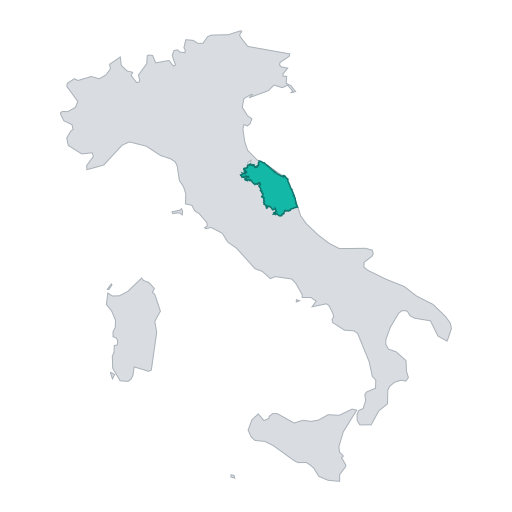 Marche, Macerata, Italy (highlighted)
{"feature_id": "23120603B49951072422318", "entity_name": "Marche", "entity_type": "district", "adm_level": 2, "iso_a3": "ITA", "parent_name": "Italy", "parent_adm1": "Macerata", "projection": "equal_earth", "projection_center": [13.047, 43.328], "detail": "fine", "context": "in_parent", "style": "filled", "palette": "teal", "viewbox_px": 512, "rotation_deg": 0, "n_neighbors": 0, "source": "geoboundaries", "source_scale": "gbopen_adm2", "svg_char_len": 9171}
<svg xmlns="http://www.w3.org/2000/svg" viewBox="0 0 512 512"><path d="M74.5,78.7L77.9,80.5L91.3,76.5L99.2,78.8L106.0,74.9L110.4,68.9L109.6,64.3L120.3,57.0L121.2,65.3L127.0,70.9L132.6,72.3L131.2,75.7L136.7,82.6L139.0,82.0L139.8,80.7L138.5,74.9L146.8,63.6L147.2,55.8L148.7,55.0L152.6,55.5L155.7,62.8L169.0,60.5L173.4,66.1L175.5,65.0L172.2,55.5L173.9,50.6L177.4,49.8L179.8,52.1L184.9,52.7L185.2,49.9L183.9,47.9L185.8,39.7L193.3,40.4L197.8,43.4L203.0,43.3L207.6,36.7L211.2,35.1L228.2,34.7L240.8,30.7L241.8,31.6L239.6,34.7L240.3,36.8L247.7,46.4L289.8,53.9L289.2,56.3L280.2,62.3L279.5,64.7L280.9,66.7L287.7,68.2L283.0,73.9L283.1,76.1L286.7,76.4L286.2,83.4L290.7,85.5L295.6,91.6L290.6,92.8L292.7,91.1L287.6,85.1L282.4,87.7L274.0,85.1L268.3,90.7L249.0,97.8L252.4,94.6L250.9,94.5L243.9,98.7L242.3,107.3L247.6,115.8L251.9,118.8L249.9,124.0L247.3,126.0L243.9,124.5L242.9,129.2L244.7,141.6L247.6,150.3L257.2,160.0L264.3,163.1L285.8,178.1L293.8,194.8L300.7,215.9L306.4,223.8L318.3,235.1L329.2,243.4L339.3,248.6L365.6,248.3L372.3,250.2L373.2,253.8L372.0,256.2L364.2,262.2L363.8,266.9L367.6,270.2L385.7,279.1L404.2,286.5L416.8,296.2L433.0,304.4L445.8,316.8L450.4,323.4L451.4,328.6L448.5,337.4L447.0,341.1L437.9,336.0L430.4,320.8L414.6,318.2L409.9,315.6L407.2,311.0L402.2,310.6L398.8,313.0L390.4,327.1L385.9,339.4L385.8,344.3L388.4,349.1L396.1,351.8L406.0,360.6L406.5,371.4L408.4,377.6L405.8,381.1L400.9,380.2L394.3,382.4L389.6,386.4L387.8,390.2L387.5,403.8L378.7,411.0L371.2,424.8L359.9,424.9L357.2,420.6L357.0,414.3L358.9,410.4L363.1,408.6L365.7,400.5L364.8,394.7L366.4,392.1L375.5,388.2L375.8,380.1L372.3,376.4L369.2,361.8L357.7,333.6L354.1,330.9L344.3,330.1L332.7,322.6L332.0,319.5L333.8,316.6L332.5,312.5L328.8,305.5L326.4,303.8L312.1,306.8L316.1,301.1L311.0,297.5L302.2,297.5L302.3,294.9L296.0,283.6L291.7,279.0L275.5,276.6L270.3,278.6L262.3,271.4L255.0,268.7L236.6,248.3L227.8,242.1L222.2,233.2L211.0,227.4L205.9,228.8L204.6,227.7L207.3,225.9L206.8,222.6L199.3,213.8L194.9,211.0L191.8,205.3L185.5,203.9L185.8,193.8L183.5,186.6L179.4,180.6L177.2,166.1L175.3,162.0L170.8,158.9L160.5,155.5L146.3,146.2L129.3,141.9L122.2,145.1L103.8,165.0L86.9,169.7L86.7,165.5L93.4,156.3L92.2,152.8L81.7,153.9L68.3,145.5L66.7,138.1L70.8,131.1L73.1,129.4L72.0,124.7L63.9,120.8L60.7,114.6L60.6,112.5L62.7,111.4L67.6,111.7L75.4,107.4L77.8,101.4L66.8,86.4L67.3,83.3L74.5,78.7ZM250.5,164.0L251.1,160.2L247.6,162.6L248.6,164.3L250.5,164.0ZM356.7,410.2L343.3,431.8L338.9,446.5L339.5,452.1L343.4,456.1L341.5,457.7L345.7,464.7L345.7,466.6L339.7,474.4L339.6,481.3L328.1,480.3L318.7,476.3L314.0,468.4L310.3,465.1L306.3,462.5L298.2,462.6L294.6,461.0L273.1,445.5L264.7,441.4L255.0,440.4L251.2,437.0L248.1,430.2L251.9,419.8L258.3,413.9L264.0,420.6L268.9,418.4L269.2,416.3L272.7,413.6L277.2,413.6L294.1,423.0L303.0,420.3L311.0,421.4L318.5,420.1L328.1,414.7L339.2,415.3L352.1,409.1L356.7,410.2ZM154.8,294.4L160.4,311.2L154.8,321.4L156.7,332.4L151.3,370.1L148.7,371.3L134.2,366.9L132.9,375.6L131.0,379.1L128.0,381.4L120.2,380.8L112.7,368.3L112.3,356.1L114.0,352.5L114.3,345.5L117.3,345.0L117.6,340.3L115.9,337.7L113.0,336.8L113.1,331.5L115.3,327.4L115.5,320.3L111.7,311.1L106.4,304.5L107.8,293.0L112.4,296.0L119.4,295.8L127.8,291.4L141.7,278.0L143.4,280.4L149.1,282.7L154.4,288.5L152.3,292.2L154.8,294.4ZM181.5,208.6L182.6,211.3L182.2,214.9L179.4,212.8L172.7,213.6L172.0,211.8L180.2,210.2L181.5,208.6ZM114.6,374.5L112.5,378.9L110.5,373.1L110.8,372.3L114.6,374.5ZM112.0,284.8L108.9,289.5L107.3,289.4L111.3,283.9L112.0,284.8ZM234.8,478.1L231.0,477.1L230.9,474.9L233.9,475.3L234.8,478.1ZM299.5,300.7L296.3,302.0L296.4,299.7L299.5,300.7Z" fill="#d9dde1" stroke="#a8b0b8" stroke-width="1"/><path d="M250.6,164.2L249.8,164.2L249.8,164.5L249.5,164.7L249.6,164.9L249.2,165.3L248.8,165.1L248.7,165.2L247.8,165.1L247.7,165.2L247.8,165.3L247.6,165.4L247.6,165.7L247.5,165.8L247.4,166.4L247.5,166.9L247.6,167.2L247.3,167.6L246.6,167.7L246.4,168.1L246.0,168.3L245.6,168.2L245.4,168.3L245.1,168.1L244.9,168.1L244.5,168.4L243.9,168.5L243.8,168.8L244.1,168.9L243.9,169.9L244.5,170.2L245.0,170.2L245.3,170.4L245.5,170.9L246.7,172.1L246.7,172.3L246.3,172.5L246.1,172.3L245.9,172.3L245.9,172.1L245.4,172.2L245.4,172.6L245.6,173.5L244.9,173.5L245.1,172.9L244.9,172.5L244.9,171.7L244.7,171.3L244.4,171.7L244.6,172.0L244.5,172.6L244.4,172.8L244.3,173.2L244.1,173.1L243.5,173.6L243.0,173.3L242.8,173.5L242.6,173.4L242.8,173.7L242.7,174.0L242.0,174.6L241.1,174.7L240.9,175.0L240.6,175.0L240.7,175.3L241.4,175.9L241.9,177.1L242.4,177.0L242.6,177.2L243.1,177.3L243.3,177.1L244.0,177.1L244.1,177.4L244.4,177.4L244.6,177.3L244.8,176.8L245.2,176.8L245.5,176.5L245.5,176.3L246.0,176.5L246.1,176.2L246.7,176.3L246.4,176.8L246.4,177.0L246.8,177.5L246.7,177.7L246.4,177.9L246.3,178.2L245.8,178.9L245.0,178.8L244.8,179.2L245.1,179.5L245.4,180.1L246.0,180.2L246.6,179.7L247.2,180.2L247.1,180.4L247.2,180.6L247.5,180.7L247.7,180.3L248.2,179.6L248.5,179.7L248.9,179.5L249.3,180.0L249.5,180.5L249.8,180.3L250.1,180.4L250.0,180.2L250.3,179.9L250.8,180.3L250.9,180.2L251.5,180.7L251.7,181.3L253.0,182.8L253.7,183.5L254.3,183.7L254.5,183.9L254.5,184.1L254.8,184.2L254.9,184.5L255.2,184.4L255.4,184.0L255.7,183.9L256.0,184.0L256.3,183.8L256.5,184.0L256.8,183.9L256.9,184.1L257.8,184.3L258.0,183.4L258.6,182.6L259.0,182.6L259.3,182.9L259.7,182.8L259.9,183.0L260.0,183.2L259.7,183.4L259.6,183.7L259.9,184.0L259.6,184.0L260.2,184.7L259.9,185.3L259.1,185.7L259.0,185.8L259.2,186.0L259.1,186.3L259.4,186.6L259.4,186.9L259.8,187.1L259.9,187.5L260.5,188.1L260.5,188.4L260.7,188.6L260.8,189.4L260.8,189.9L260.4,190.4L260.9,190.8L260.9,191.0L261.6,191.1L261.6,191.3L261.8,191.4L261.6,191.9L261.7,192.2L261.7,192.4L262.0,192.9L262.0,193.2L262.4,193.5L262.8,193.5L263.0,194.2L263.0,194.5L262.9,194.6L262.8,195.4L262.6,195.6L262.4,195.9L261.7,196.3L261.8,196.5L262.0,196.8L262.2,197.3L262.7,197.1L263.4,197.3L263.6,198.1L263.5,198.3L263.8,198.6L264.0,198.5L263.7,200.0L263.8,200.5L264.3,201.0L264.1,201.4L264.2,201.7L263.6,202.1L264.3,203.2L264.2,203.4L264.0,203.7L263.9,204.1L264.6,204.5L264.9,204.5L265.2,204.9L265.6,205.1L265.7,205.5L266.6,205.7L266.4,206.2L266.5,206.2L266.3,206.8L266.4,207.0L266.5,207.4L266.4,207.8L266.5,208.1L267.0,208.1L267.2,207.5L267.4,207.3L267.3,207.1L267.1,206.8L267.3,206.6L267.4,206.3L267.5,206.3L267.6,206.7L268.2,206.7L269.1,206.0L269.7,206.7L270.0,206.9L270.3,207.0L271.0,207.3L271.2,207.8L271.9,208.7L272.1,209.1L272.4,209.4L272.4,209.6L272.6,209.8L273.3,209.5L273.5,209.7L274.0,209.3L274.3,209.3L274.6,209.1L275.0,208.8L275.1,208.2L275.4,208.6L275.4,208.9L275.5,209.0L275.8,210.2L276.0,210.5L276.0,210.8L275.8,211.1L275.6,211.4L275.9,211.6L275.6,211.6L275.4,212.2L275.4,212.5L275.2,212.8L275.1,212.3L274.7,212.4L274.2,212.7L273.8,212.8L273.7,212.9L273.9,213.1L273.9,213.3L273.5,214.0L273.9,213.9L274.2,214.1L275.5,214.3L275.7,214.5L275.9,214.2L276.1,213.7L276.8,213.7L277.0,214.1L277.8,214.4L278.6,215.4L279.1,215.7L279.6,215.7L280.2,216.0L281.4,215.2L281.8,215.5L281.9,215.3L281.8,215.1L281.8,214.7L281.9,214.3L282.1,214.1L282.6,213.9L283.2,214.1L283.7,213.7L284.0,213.4L283.9,213.2L284.0,213.0L283.9,212.4L284.4,211.5L284.8,211.3L284.9,210.4L285.3,210.4L285.6,210.9L286.0,211.0L286.5,211.0L286.6,210.8L287.2,210.9L287.9,210.4L288.0,210.5L288.1,210.8L288.3,211.0L288.9,210.9L290.4,210.2L290.5,209.7L290.8,209.3L290.6,209.2L291.1,208.8L293.0,208.5L293.8,208.2L294.3,207.7L296.2,207.3L296.2,207.1L296.4,207.1L297.5,207.1L296.6,204.9L296.6,204.7L296.8,204.4L296.6,204.6L296.4,204.3L296.7,204.4L296.4,204.2L296.3,203.9L295.3,200.0L295.2,199.0L295.2,198.5L294.1,196.0L294.0,195.5L294.1,195.4L294.0,195.2L294.1,195.4L294.0,195.5L294.0,195.4L293.9,195.4L294.0,195.3L293.8,195.1L292.9,192.4L291.5,189.4L291.5,189.2L291.4,189.1L291.5,189.2L291.3,189.2L291.2,189.0L290.8,188.3L289.2,184.0L287.8,181.0L287.8,180.8L287.9,180.7L287.7,179.8L287.9,179.4L287.9,179.1L286.9,178.3L286.6,178.4L286.2,178.2L286.0,177.9L285.9,177.3L285.4,176.6L285.0,176.4L284.8,176.0L283.8,175.5L283.7,175.6L283.9,175.7L283.7,175.7L283.5,175.8L284.0,175.9L283.9,176.3L283.7,175.9L283.7,176.0L283.6,175.9L283.4,176.2L283.5,176.1L283.6,176.3L283.4,176.4L283.4,176.2L283.1,176.3L283.3,176.4L283.2,176.5L283.1,176.4L283.1,176.6L282.2,176.4L280.8,175.8L279.8,175.0L279.0,174.8L277.5,174.0L275.2,172.3L274.6,171.7L274.5,171.8L274.5,171.6L274.5,171.8L274.6,171.6L274.2,171.5L273.0,170.4L271.7,169.4L269.5,167.3L268.3,166.4L268.1,166.2L267.9,165.9L267.8,166.1L267.7,166.1L266.9,165.5L264.3,163.1L264.3,162.9L264.2,163.3L264.3,163.0L264.1,163.0L264.2,163.3L264.1,163.0L263.8,163.1L260.7,161.3L259.2,161.1L259.3,161.4L259.1,161.6L259.1,161.8L259.1,162.1L258.4,163.0L258.5,163.3L258.4,163.6L258.7,164.2L258.4,164.4L258.3,164.9L258.6,165.3L258.3,165.7L257.5,165.8L257.4,166.1L256.9,166.1L256.8,166.6L256.9,167.0L257.0,167.1L256.6,167.3L256.2,167.1L255.7,167.2L255.0,167.4L254.9,167.2L254.7,167.1L254.6,166.7L254.9,166.4L254.7,166.3L254.4,166.4L254.3,166.2L254.4,165.9L254.3,165.6L253.9,165.5L254.0,165.2L253.9,164.7L253.1,164.8L253.0,165.3L252.3,165.6L252.1,165.3L251.9,165.1L251.6,165.1L251.6,164.9L251.0,165.2L250.5,164.6L250.6,164.2ZM248.5,176.4L248.8,176.9L248.7,177.2L248.3,177.0L247.9,176.7L248.2,176.5L248.5,176.4Z" fill="#14b8a6" stroke="#0f766e" stroke-width="1.5"/></svg>